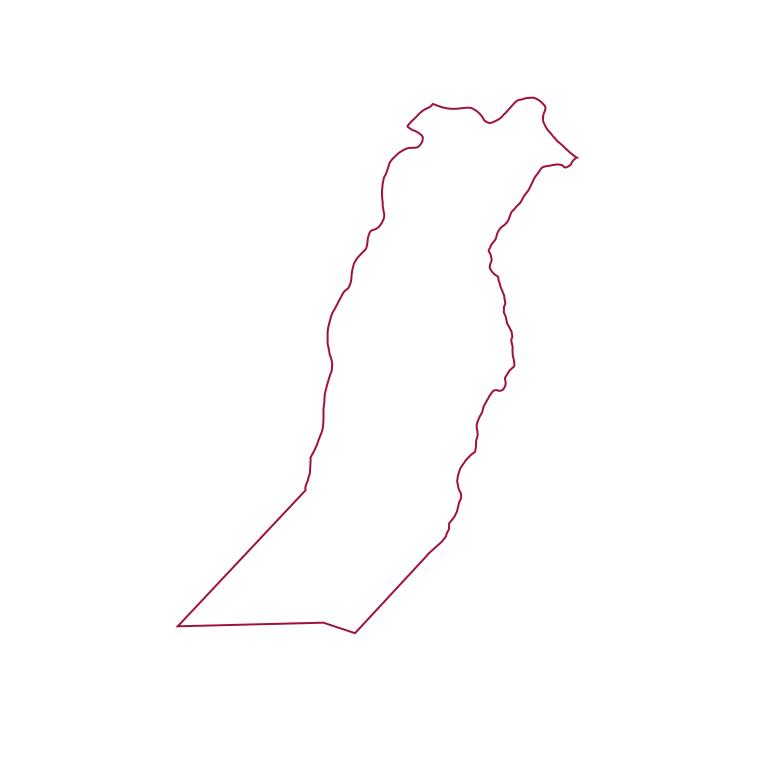 Franciou, Soufrière, Saint Lucia, rotated 219°
{"feature_id": "8701671B52742071766833", "entity_name": "Franciou", "entity_type": "district", "adm_level": 2, "iso_a3": "LCA", "parent_name": "Saint Lucia", "parent_adm1": "Soufrière", "projection": "orthographic", "projection_center": [-61.054, 13.804], "detail": "fine", "context": "isolated", "style": "outline", "palette": "rose", "viewbox_px": 768, "rotation_deg": 219, "n_neighbors": 0, "source": "geoboundaries", "source_scale": "gbopen_adm2", "svg_char_len": 6165}
<svg xmlns="http://www.w3.org/2000/svg" viewBox="0 0 768 768"><g transform="rotate(219 384 384)"><path d="M249.7,172.1L242.6,278.5L242.6,280.5L241.5,287.7L239.9,297.2L239.9,304.6L241.2,307.2L242.1,312.1L245.7,316.7L245.7,324.7L247.1,331.0L251.0,339.0L252.4,344.2L254.9,347.0L260.2,349.6L266.3,354.8L266.9,356.2L268.5,358.5L271.3,365.4L271.9,368.5L272.4,376.3L271.9,383.5L270.5,388.6L273.3,393.5L275.2,395.8L276.7,398.0L277.5,399.6L277.7,400.5L279.0,403.2L281.5,405.9L285.0,408.9L286.2,410.6L286.6,411.4L287.0,412.2L288.4,416.3L288.8,418.0L289.1,418.9L289.8,423.3L290.5,425.1L292.1,428.4L292.6,430.2L292.9,432.0L293.1,432.8L293.2,433.7L293.7,436.2L293.7,437.2L294.3,440.0L294.6,441.6L294.8,444.9L294.8,446.0L294.8,447.6L294.3,448.3L293.9,448.9L293.1,449.7L292.3,450.3L290.7,450.9L289.8,451.5L289.2,452.1L288.8,452.8L288.3,453.7L288.0,454.6L288.0,455.5L288.3,457.4L288.8,459.1L289.2,460.1L289.7,460.9L291.0,462.3L291.9,463.1L293.3,464.1L293.8,464.9L294.8,472.6L294.8,474.6L294.0,479.3L294.3,480.3L295.4,481.7L296.1,482.4L296.7,483.1L299.6,485.5L301.3,486.7L301.9,487.2L305.4,491.2L307.5,493.9L308.3,494.6L309.1,495.1L311.9,497.3L312.5,498.0L313.1,498.8L313.9,501.4L314.5,502.0L315.1,502.6L315.9,503.1L317.1,504.4L317.9,504.9L318.6,505.4L320.3,506.0L322.8,507.2L325.4,508.1L326.9,508.9L328.3,510.1L329.7,511.2L330.4,511.9L332.0,513.0L332.8,513.5L335.2,514.6L335.9,515.2L336.6,515.9L337.2,516.6L337.7,517.4L339.3,519.4L340.2,522.8L340.9,523.3L342.2,524.6L342.8,525.3L343.6,525.6L344.2,526.3L345.5,527.5L346.0,528.2L350.1,530.4L355.1,533.2L355.8,533.8L357.3,534.9L360.4,536.8L361.1,537.5L361.7,538.2L362.3,538.8L363.1,539.1L364.1,539.1L366.8,538.8L367.6,538.8L369.5,539.0L371.4,539.5L373.1,540.0L374.9,540.7L375.4,541.6L376.6,543.1L376.9,544.0L377.7,546.6L378.0,547.4L378.5,548.3L379.1,548.9L382.4,551.5L383.9,552.3L385.7,552.9L386.5,553.4L386.9,554.3L387.2,556.1L387.5,557.0L387.8,557.9L388.2,559.7L388.3,560.5L388.3,565.5L388.4,566.5L388.9,568.2L390.7,572.3L391.2,574.0L391.6,577.1L391.6,578.0L391.5,579.6L390.8,582.2L390.4,583.8L390.2,586.3L390.3,588.4L390.4,589.2L390.6,590.1L391.6,592.9L391.8,593.8L392.5,595.4L392.7,596.3L393.0,597.1L393.1,598.4L393.0,600.1L392.8,601.0L392.8,601.9L392.8,604.5L392.3,608.8L392.2,611.3L392.5,613.0L392.7,613.9L393.3,617.3L393.5,619.0L393.6,621.3L393.6,624.8L394.7,630.6L395.1,632.0L395.7,634.7L396.4,637.4L396.9,640.0L397.1,646.3L397.5,650.5L397.3,651.6L397.0,652.6L395.3,655.0L394.7,655.7L392.6,657.9L390.7,660.3L388.1,663.1L385.9,664.8L384.2,665.8L383.4,666.0L382.4,666.2L380.6,666.0L379.6,666.1L378.9,666.8L378.0,668.5L377.3,670.3L376.8,671.9L377.0,672.7L377.3,673.7L377.7,676.4L377.5,677.8L377.1,680.7L376.6,681.3L379.2,681.0L382.9,680.9L384.7,680.9L387.5,681.1L390.3,681.2L395.0,681.7L397.5,681.8L402.4,681.8L404.0,682.2L404.9,682.3L407.5,682.8L408.4,682.8L409.4,683.1L411.2,683.6L414.4,684.1L415.4,684.3L416.2,684.3L417.0,684.5L417.9,684.7L420.3,685.7L424.5,687.6L425.2,688.1L426.0,688.7L428.0,690.9L429.4,693.2L429.8,694.0L430.1,694.9L430.9,697.5L431.2,698.3L431.6,699.1L432.1,699.9L432.9,700.7L433.6,701.3L435.4,701.6L436.5,701.7L437.3,701.9L439.0,702.0L441.8,702.1L443.7,701.8L445.6,701.4L447.3,700.9L448.9,699.9L452.3,696.7L452.8,696.2L454.1,694.9L454.5,694.1L455.4,692.6L456.5,691.2L457.7,690.0L458.2,689.3L458.6,688.4L458.9,687.6L459.3,685.8L459.5,684.0L460.1,671.1L460.5,668.6L460.5,666.1L460.7,665.1L460.7,664.2L461.0,663.3L461.2,662.4L461.6,661.5L462.7,658.8L463.5,657.2L464.9,654.7L465.5,653.9L466.0,653.3L466.8,652.9L467.7,652.6L469.4,652.1L471.1,652.0L471.9,652.0L475.5,653.4L476.4,653.7L480.2,654.3L482.8,654.4L484.7,654.4L487.3,654.0L489.0,653.7L490.7,653.0L491.5,652.5L492.9,651.3L494.3,650.1L500.3,644.1L501.7,642.8L504.5,640.5L507.6,638.4L508.4,637.9L509.3,637.5L513.3,635.5L514.1,635.2L514.9,635.0L515.7,634.6L522.3,632.4L522.4,629.0L522.7,628.2L523.6,626.1L524.1,625.2L524.9,623.5L525.3,622.6L525.9,620.8L526.6,617.3L527.1,611.5L527.3,609.8L527.4,608.9L528.0,605.1L528.1,602.3L528.1,599.3L527.3,598.8L526.5,598.8L524.7,599.0L522.0,599.1L521.2,599.3L520.5,599.8L519.6,600.1L516.7,600.7L513.7,601.0L511.8,601.0L510.0,600.6L509.2,600.3L507.6,598.0L507.2,597.3L506.9,596.3L506.6,595.4L506.4,593.0L506.5,590.0L506.9,589.2L508.1,587.7L509.4,586.4L511.0,585.0L511.7,584.5L513.2,583.1L514.3,581.6L515.4,579.7L516.8,576.3L517.1,575.4L517.7,573.6L518.1,571.7L518.6,567.7L518.9,565.9L519.0,564.8L519.1,562.2L518.9,560.5L518.8,559.5L518.5,558.5L516.2,552.9L515.2,550.0L514.6,548.0L514.2,545.3L513.9,544.4L513.1,542.6L511.7,540.1L511.2,539.0L509.7,536.7L509.1,536.1L508.1,534.3L507.1,532.8L504.3,529.4L502.0,526.9L499.5,524.5L498.2,523.0L497.6,522.2L496.9,521.4L494.8,519.7L493.3,518.1L492.4,517.5L491.7,517.0L490.3,515.7L489.2,514.1L488.6,513.2L487.9,511.4L487.2,508.1L486.9,505.5L486.9,502.9L487.3,501.1L487.8,499.5L488.6,498.0L489.7,496.6L490.4,495.0L490.6,494.1L490.5,493.2L490.3,492.3L490.0,491.4L489.0,488.8L488.3,487.1L486.2,483.9L485.7,483.2L484.4,480.9L483.3,478.5L483.1,477.6L483.1,476.7L483.7,470.2L484.0,465.7L483.9,463.5L483.2,458.9L482.9,458.1L481.6,455.4L480.5,452.9L480.0,452.0L479.5,451.2L478.1,448.8L477.6,448.1L477.1,447.3L475.9,445.7L474.9,444.1L473.6,441.5L473.0,439.9L472.5,438.0L472.1,436.2L472.1,435.4L472.3,434.4L472.6,433.6L473.0,431.9L473.1,430.2L473.0,428.9L471.7,422.2L471.5,421.2L471.0,418.5L470.5,416.3L469.5,411.0L468.9,407.3L468.7,406.2L467.7,403.3L463.6,394.2L462.2,391.5L460.6,389.1L460.0,388.2L457.5,385.3L456.1,383.4L454.7,381.7L454.0,380.8L453.4,380.0L452.0,378.9L451.3,378.3L450.0,377.4L449.3,376.6L447.7,375.5L445.7,373.6L444.3,372.4L441.2,370.7L439.8,369.5L438.2,368.5L436.0,365.8L433.3,361.9L432.6,360.4L432.1,358.6L430.8,355.1L428.0,348.3L427.0,346.0L424.7,341.1L424.0,339.5L423.1,338.0L422.5,337.3L422.0,336.6L420.4,334.2L419.9,333.7L419.3,333.0L418.9,332.2L417.9,330.7L415.8,327.3L414.5,325.4L412.7,323.3L409.8,319.7L406.0,314.6L404.4,312.1L403.1,309.8L402.4,308.2L401.5,305.6L401.3,304.7L399.8,299.9L397.6,293.8L397.1,291.9L397.0,291.1L396.5,289.5L395.6,285.0L395.4,283.5L394.7,280.3L393.3,278.9L385.7,268.4L384.7,266.3L383.5,263.1L382.6,261.4L381.3,257.0L379.8,253.8L378.1,252.0L391.8,65.9L281.0,160.3L249.7,172.1Z" fill="none" stroke="#9f1239" stroke-width="2"/></g></svg>